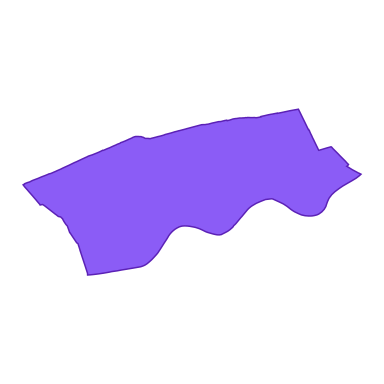 Lopik, Utrecht, Netherlands (Natural Earth projection)
{"feature_id": "6326949B97795105718991", "entity_name": "Lopik", "entity_type": "district", "adm_level": 2, "iso_a3": "NLD", "parent_name": "Netherlands", "parent_adm1": "Utrecht", "projection": "natural_earth1", "projection_center": [4.939, 51.982], "detail": "fine", "context": "isolated", "style": "filled", "palette": "violet", "viewbox_px": 384, "rotation_deg": 0, "n_neighbors": 0, "source": "geoboundaries", "source_scale": "gbopen_adm2", "svg_char_len": 5542}
<svg xmlns="http://www.w3.org/2000/svg" viewBox="0 0 384 384"><path d="M87.6,275.0L90.6,274.8L93.5,274.5L98.4,273.9L103.8,273.1L109.0,272.2L111.7,271.6L117.4,270.8L121.5,270.0L127.0,269.1L130.0,268.6L133.0,268.1L140.5,266.8L141.2,266.6L143.4,265.8L144.7,265.2L145.1,265.0L147.1,263.7L148.8,262.3L150.4,260.9L152.0,259.4L153.5,257.8L156.7,254.3L157.9,252.8L161.3,247.6L164.2,243.0L165.0,241.8L166.9,238.9L168.1,236.9L168.7,235.8L170.1,233.9L171.6,232.2L173.3,230.6L175.2,229.1L177.2,227.9L179.4,226.8L181.9,226.1L184.5,225.9L187.2,226.0L189.8,226.3L192.5,226.8L195.1,227.3L197.7,228.1L199.4,228.7L200.3,229.1L202.3,230.0L205.3,231.5L206.2,231.9L207.6,232.4L212.8,233.9L214.9,234.4L217.0,234.8L219.2,234.9L221.2,234.6L221.5,234.5L222.0,234.2L225.4,232.5L227.8,231.2L229.9,229.7L232.0,227.9L233.1,226.8L233.8,225.5L234.5,225.0L234.9,224.6L235.9,223.6L240.6,217.9L241.1,217.3L241.8,216.6L242.2,216.1L247.6,209.6L249.1,208.1L250.7,206.8L251.2,206.4L252.9,205.3L256.3,203.3L260.9,201.3L265.5,199.5L270.7,198.9L271.6,198.8L272.8,199.0L279.6,202.1L283.3,203.9L287.0,206.3L290.3,208.9L290.5,209.1L292.2,210.3L294.6,211.8L298.4,213.6L301.4,214.9L305.0,215.7L308.6,216.0L310.8,216.0L312.2,215.9L314.1,215.6L315.8,215.2L316.9,214.9L318.7,214.1L321.8,211.9L324.2,209.3L325.8,206.6L326.6,204.1L327.5,201.6L329.0,198.3L331.7,194.7L334.9,191.7L339.0,188.6L342.8,186.0L347.1,183.5L351.8,180.8L356.1,178.2L359.5,175.6L361.0,174.2L358.8,173.1L358.6,173.1L356.8,172.1L352.3,169.7L348.6,167.4L346.8,166.3L347.1,166.1L347.6,165.7L348.1,165.1L348.5,164.5L348.1,164.1L347.6,163.6L346.5,162.5L345.7,161.5L343.9,159.7L343.6,159.4L341.2,157.0L340.8,156.6L339.6,155.4L338.3,154.0L337.6,153.3L332.8,148.5L331.7,147.2L331.4,147.0L331.3,146.9L331.0,146.8L327.3,147.8L321.0,149.7L319.0,150.3L318.7,150.3L317.0,146.7L316.6,146.0L316.1,144.9L315.7,144.1L314.2,141.0L313.6,139.7L312.7,138.0L312.2,136.9L312.0,136.4L311.3,134.9L310.8,134.0L310.1,132.4L309.7,131.5L309.6,131.1L309.4,130.9L309.4,130.7L309.1,130.3L308.9,130.0L308.9,129.9L308.7,129.5L308.4,129.6L307.9,128.6L307.5,127.8L305.0,122.6L301.7,115.9L300.1,112.6L298.4,109.2L289.6,110.8L284.0,112.0L280.7,112.7L277.3,113.4L277.3,113.1L272.2,114.1L270.8,114.3L270.4,114.4L269.9,114.5L268.3,114.8L266.6,115.2L264.1,115.8L263.1,116.0L262.6,116.1L261.0,116.5L261.2,116.8L260.2,117.1L259.6,117.2L256.7,117.7L256.4,117.7L255.6,117.7L254.1,117.5L253.2,117.6L250.7,117.6L248.0,117.5L247.5,117.5L247.3,117.6L246.2,117.7L245.9,117.6L245.7,117.6L244.7,117.8L244.2,117.9L242.9,117.9L241.8,118.0L240.0,118.0L239.8,118.0L236.5,118.5L235.1,118.6L234.7,118.7L232.9,119.0L230.3,119.9L229.6,120.1L228.4,120.4L227.9,120.5L227.1,120.7L226.8,120.5L226.7,120.2L226.3,120.3L226.2,120.3L225.7,120.4L225.2,120.4L224.9,120.5L224.2,120.7L223.9,120.8L223.2,120.9L221.8,121.3L220.3,121.6L219.9,121.6L218.8,121.6L218.4,121.7L217.9,121.8L213.9,122.7L212.4,123.0L208.4,124.1L207.7,124.2L206.0,124.4L205.7,124.5L205.2,124.6L203.6,124.6L203.4,124.6L201.7,124.7L200.1,125.1L199.0,125.4L197.5,125.8L191.5,127.4L190.4,127.7L189.3,128.0L187.8,128.4L186.6,128.7L185.7,129.0L181.1,130.2L179.6,130.6L179.0,130.7L177.9,131.0L177.5,131.1L176.5,131.4L174.8,131.8L173.5,132.2L173.3,132.3L172.5,132.5L171.3,132.9L168.3,133.7L166.7,134.1L165.1,134.5L164.3,134.9L163.3,135.2L163.1,135.3L160.2,136.1L157.5,136.7L156.9,136.9L156.1,137.1L155.5,137.3L155.3,137.3L153.5,137.8L152.2,138.1L151.4,138.3L150.8,138.5L149.9,138.7L149.7,138.6L148.8,138.5L148.6,138.5L148.0,138.4L146.6,138.4L146.1,138.4L145.8,138.4L145.4,138.4L144.9,138.2L144.7,138.2L144.4,138.0L144.2,137.8L143.6,137.5L143.4,137.4L143.2,137.3L142.6,137.1L142.2,137.1L141.3,136.7L141.0,136.6L140.8,136.6L140.1,136.6L139.6,136.6L138.5,136.5L136.3,136.5L135.6,136.5L134.9,136.7L134.7,136.7L133.6,137.1L133.0,137.3L132.7,137.5L132.0,137.9L131.6,138.1L131.4,138.2L131.1,138.3L130.7,138.5L130.0,138.8L129.6,139.0L128.5,139.4L128.2,139.6L125.1,141.0L122.8,141.9L122.7,142.0L122.3,142.2L121.6,142.3L121.4,142.4L121.1,142.5L120.9,142.6L120.6,142.7L119.9,143.3L119.7,143.4L118.8,143.7L118.5,143.8L117.4,144.2L115.8,145.0L113.2,146.1L108.9,148.1L108.7,148.1L107.2,148.7L105.8,149.3L104.8,149.8L104.4,149.9L103.5,150.3L103.1,150.4L102.8,150.4L102.7,150.3L101.5,150.9L99.0,152.1L96.6,153.1L94.1,154.1L92.4,154.8L89.0,155.9L88.4,156.1L86.5,157.1L85.7,157.4L83.8,158.3L81.6,159.3L80.8,159.7L79.8,160.2L79.7,160.2L78.9,160.6L78.0,161.0L77.0,161.5L74.2,162.7L69.1,165.2L65.1,167.0L63.6,167.7L62.7,168.1L61.0,169.0L56.4,171.0L55.2,171.6L54.4,171.9L54.0,172.1L53.4,172.3L52.9,172.6L52.6,172.7L51.4,173.2L51.0,173.4L49.9,173.7L49.0,173.9L48.9,173.9L48.1,174.3L46.9,174.8L45.9,175.2L44.7,175.7L44.1,175.9L42.0,176.7L41.0,177.1L38.0,178.4L33.2,180.2L32.2,180.6L29.3,182.1L28.8,182.2L28.6,182.2L26.9,182.8L25.1,183.5L24.9,183.6L24.7,183.7L24.6,184.1L23.7,184.4L23.6,184.5L23.4,184.6L23.1,184.8L24.7,186.9L25.4,187.7L27.3,189.8L28.3,191.0L29.5,192.4L31.1,194.2L31.8,195.0L36.1,200.0L36.9,201.0L39.2,203.7L39.4,203.9L39.7,204.2L39.9,204.5L40.0,204.6L39.9,204.6L40.1,205.0L42.4,204.5L42.7,204.6L42.9,204.7L43.6,205.1L45.0,206.1L52.2,211.7L54.1,213.2L55.1,214.0L56.4,214.9L57.6,215.9L58.1,216.3L58.5,216.5L58.9,216.6L60.4,216.9L60.6,216.9L61.0,217.3L62.1,218.4L62.5,218.6L62.5,218.8L62.7,219.2L63.9,221.4L65.0,223.1L65.9,224.4L66.4,225.0L67.3,225.9L68.4,228.9L69.7,232.6L69.9,232.6L72.6,236.7L72.8,237.0L76.7,242.8L77.3,243.2L77.8,243.4L77.9,243.5L78.1,244.1L78.2,244.4L78.7,246.0L78.9,246.5L79.6,248.8L80.1,250.4L80.3,250.9L80.2,250.9L85.3,266.4L87.3,272.6L87.5,273.1L87.6,275.0Z" fill="#8b5cf6" stroke="#5b21b6" stroke-width="1.5"/></svg>